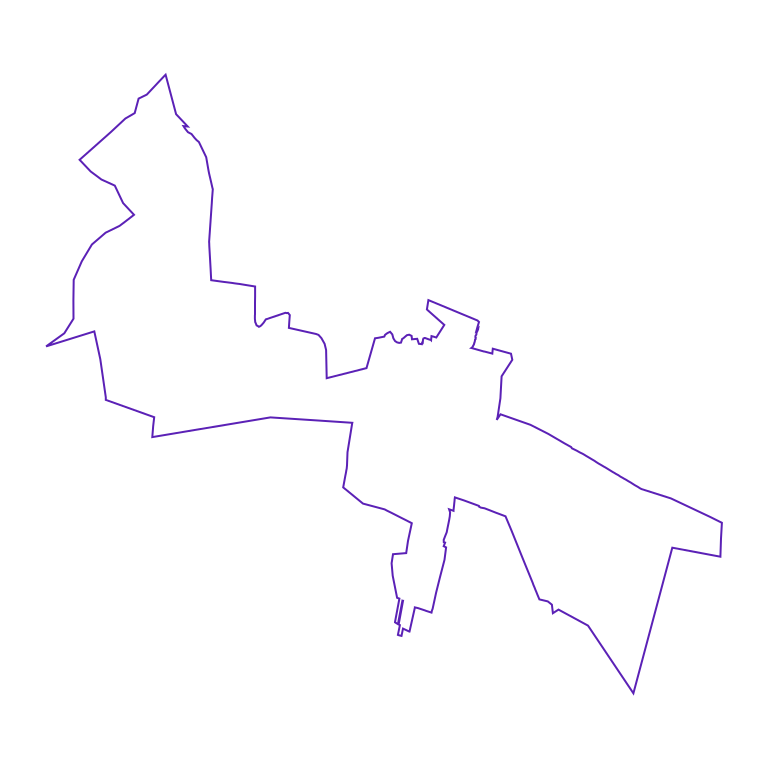 outline of Villa de Zaachila, Oaxaca, Mexico
{"feature_id": "50627088B50064037366577", "entity_name": "Villa de Zaachila", "entity_type": "district", "adm_level": 2, "iso_a3": "MEX", "parent_name": "Mexico", "parent_adm1": "Oaxaca", "projection": "equal_earth", "projection_center": [-96.753, 16.954], "detail": "fine", "context": "isolated", "style": "outline", "palette": "violet", "viewbox_px": 768, "rotation_deg": 0, "n_neighbors": 0, "source": "geoboundaries", "source_scale": "gbopen_adm2", "svg_char_len": 4876}
<svg xmlns="http://www.w3.org/2000/svg" viewBox="0 0 768 768"><path d="M110.7,132.2L79.6,159.8L90.7,171.5L101.4,179.5L114.8,185.6L123.1,203.1L128.7,209.1L134.0,214.8L124.7,222.0L119.5,225.9L105.6,232.7L91.9,244.5L81.8,261.3L73.7,279.8L73.4,300.3L73.5,318.7L64.3,333.3L46.1,346.4L94.3,331.4L100.3,359.2L105.8,397.3L105.8,399.9L154.2,417.2L153.2,425.9L152.3,437.1L176.2,433.1L196.5,429.7L232.6,423.7L270.4,417.4L318.0,420.5L352.3,422.8L352.2,423.2L347.5,452.2L347.0,465.5L346.8,467.5L346.7,468.6L346.3,470.5L346.1,471.8L345.9,472.9L345.7,474.0L345.4,475.4L343.2,487.4L363.0,503.6L384.7,509.4L386.9,510.6L391.4,512.8L401.8,518.1L405.4,519.9L411.8,523.2L408.0,540.9L406.2,553.1L393.0,554.2L391.6,563.3L392.7,575.7L397.1,597.8L399.4,598.6L395.0,622.1L395.0,622.3L397.9,624.1L398.0,623.9L402.4,600.7L402.6,600.8L402.9,600.9L403.0,600.9L398.7,624.2L398.6,624.4L399.9,625.1L397.9,634.9L398.3,635.1L401.5,635.9L403.0,628.6L409.4,631.6L409.5,631.6L414.9,607.5L414.9,607.4L418.0,608.1L418.3,608.2L425.2,610.5L425.9,610.8L431.5,612.6L431.6,612.2L431.9,610.6L432.6,608.9L436.1,592.7L440.0,577.1L444.5,559.8L446.1,547.4L443.7,546.2L445.1,542.6L443.8,542.2L443.7,539.9L445.2,536.0L446.7,532.3L447.3,529.2L448.7,522.3L449.1,520.3L449.8,516.3L450.0,513.6L450.1,512.4L449.9,511.7L449.1,509.3L453.5,510.8L453.5,510.4L453.6,509.4L453.9,506.8L454.1,505.0L454.2,503.8L454.3,502.8L454.5,501.1L454.6,499.6L454.9,497.4L464.2,500.5L476.2,504.9L478.9,505.9L479.0,506.6L480.8,507.6L484.6,508.3L489.8,510.3L496.9,513.1L497.0,513.1L505.5,516.3L511.6,530.8L521.5,555.4L525.0,564.0L525.2,564.5L530.6,577.7L532.8,583.1L533.3,584.6L533.8,585.8L534.5,587.4L535.0,588.7L535.5,590.0L536.2,591.6L537.3,594.4L539.4,599.4L547.8,601.4L551.9,604.7L552.9,613.2L558.5,609.6L588.0,625.6L633.4,693.3L672.3,547.7L720.4,556.7L721.0,538.5L721.9,522.8L710.3,517.0L670.9,498.4L641.6,489.1L640.2,488.4L637.9,486.9L636.3,486.0L634.7,485.1L633.0,484.0L632.2,483.5L631.0,482.7L629.6,481.9L628.2,481.1L627.4,480.6L626.3,479.9L625.4,479.4L623.9,478.6L622.6,477.8L621.3,477.1L620.4,476.6L619.8,476.2L618.4,475.2L616.7,474.3L615.6,473.7L614.4,472.9L613.4,472.4L611.6,471.3L608.7,469.5L606.6,468.2L605.1,467.3L603.8,466.6L602.3,465.7L601.3,465.1L599.9,464.3L598.5,463.5L597.4,462.8L595.7,461.7L594.9,461.1L593.6,460.3L592.2,459.5L589.9,458.1L588.7,457.4L587.7,456.8L586.3,456.0L585.2,455.3L583.9,454.5L582.5,453.7L581.0,453.0L579.6,452.3L578.2,451.5L576.8,450.7L571.9,448.3L571.2,447.1L564.2,443.2L554.8,437.7L548.3,433.9L530.4,424.8L500.5,414.3L496.7,419.9L497.6,417.0L500.4,398.3L501.6,376.3L512.3,359.8L511.0,353.7L492.8,348.7L492.3,353.6L491.6,353.4L484.3,351.5L483.9,351.5L471.9,348.1L471.4,348.0L472.2,347.4L472.4,347.1L472.6,346.8L472.8,346.5L473.0,346.2L473.1,345.9L473.2,345.5L473.5,345.2L473.7,344.8L473.9,344.5L474.0,344.2L474.1,343.9L474.1,343.4L474.3,343.1L474.3,342.8L474.5,342.5L474.6,342.1L474.7,341.7L474.8,341.3L474.9,341.0L474.9,340.6L475.0,340.3L475.0,339.9L475.1,339.5L475.5,339.3L475.5,338.9L475.6,338.5L475.7,338.2L475.8,337.8L475.4,337.3L475.4,336.9L475.4,336.6L475.5,336.2L475.5,335.8L475.7,335.5L475.9,335.2L476.2,334.9L476.3,334.6L476.4,334.2L476.5,333.9L476.4,333.5L476.4,333.1L476.5,332.7L476.7,332.3L476.9,332.0L477.1,331.6L477.2,331.3L477.4,331.0L477.5,330.7L477.6,330.3L477.7,330.0L478.0,329.7L478.1,329.3L478.1,329.0L478.2,328.5L476.6,330.1L477.5,326.8L479.0,322.0L477.5,320.5L428.4,300.1L426.9,309.5L440.9,321.9L444.3,324.9L438.0,334.8L436.3,337.5L433.7,336.7L431.5,336.1L431.3,338.1L431.2,338.9L431.1,340.2L430.9,340.0L428.9,339.4L426.4,338.5L425.9,338.3L425.3,338.1L425.1,338.0L424.8,338.0L424.5,338.0L424.4,338.1L423.4,338.5L423.0,339.7L422.8,342.3L422.7,343.0L422.1,342.8L421.9,344.2L418.9,343.8L417.2,338.8L412.0,339.3L411.6,335.9L409.2,334.7L406.9,335.2L405.0,336.8L403.3,338.3L402.2,338.9L401.0,342.6L399.2,342.9L397.1,342.4L395.1,341.1L393.4,338.4L392.3,334.4L390.1,331.8L387.4,333.1L385.1,334.8L384.3,336.6L378.3,337.8L375.0,338.3L366.5,368.1L326.7,378.2L326.1,350.0L324.6,343.8L321.4,338.1L318.5,334.9L316.1,334.0L288.9,327.9L289.3,321.5L289.8,315.1L289.0,314.1L288.0,312.9L286.6,313.1L285.4,312.8L265.8,319.4L263.7,322.6L261.7,324.9L260.4,326.1L258.9,326.8L257.8,326.0L256.6,325.4L256.0,323.9L255.4,322.4L255.2,322.1L255.1,320.7L254.9,318.9L254.9,318.0L254.9,316.8L254.9,315.6L255.0,314.3L255.0,307.6L255.0,302.3L255.1,296.6L255.1,286.5L245.8,285.0L239.1,283.9L238.1,283.8L235.0,283.4L231.8,282.9L226.2,282.2L224.4,282.0L211.2,280.2L210.9,274.6L210.6,268.7L209.3,246.0L209.2,242.8L209.1,242.0L211.8,203.1L212.1,198.1L212.8,189.2L212.4,187.8L211.0,181.6L209.1,173.5L208.7,171.5L208.4,169.9L206.2,157.2L198.9,142.0L196.6,140.1L194.5,137.8L191.5,134.0L188.0,132.2L185.4,129.0L184.8,128.2L183.5,126.1L187.7,126.5L186.1,124.8L181.5,119.9L176.1,114.2L165.6,74.7L164.5,75.8L159.0,81.6L146.8,94.6L138.6,98.6L134.7,113.1L125.4,118.5L110.7,132.2Z" fill="none" stroke="#5b21b6" stroke-width="2"/></svg>